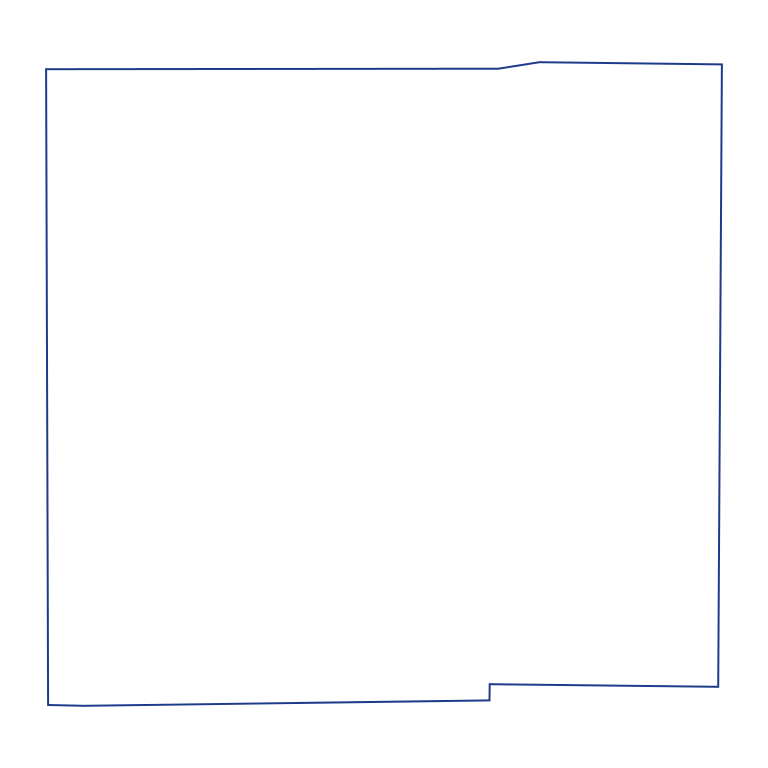 Crawford, Ohio, United States of America
{"feature_id": "52423323B92428589808296", "entity_name": "Crawford", "entity_type": "district", "adm_level": 2, "iso_a3": "USA", "parent_name": "United States of America", "parent_adm1": "Ohio", "projection": "natural_earth1", "projection_center": [-82.928, 40.85], "detail": "fine", "context": "isolated", "style": "outline", "palette": "blue", "viewbox_px": 768, "rotation_deg": 0, "n_neighbors": 0, "source": "geoboundaries", "source_scale": "gbopen_adm2", "svg_char_len": 238}
<svg xmlns="http://www.w3.org/2000/svg" viewBox="0 0 768 768"><path d="M46.1,69.2L48.1,705.0L84.3,705.8L489.5,700.4L489.7,684.2L718.2,686.8L721.9,64.4L539.5,62.2L498.3,68.7L46.1,69.2Z" fill="none" stroke="#1e3a8a" stroke-width="2"/></svg>